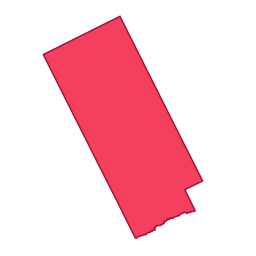 Sampov Lun, Batdâmbâng, Cambodia, rotated 244°
{"feature_id": "14789045B67419263387290", "entity_name": "Sampov Lun", "entity_type": "district", "adm_level": 2, "iso_a3": "KHM", "parent_name": "Cambodia", "parent_adm1": "Batdâmbâng", "projection": "natural_earth1", "projection_center": [102.379, 13.419], "detail": "fine", "context": "isolated", "style": "filled", "palette": "rose", "viewbox_px": 256, "rotation_deg": 244, "n_neighbors": 0, "source": "geoboundaries", "source_scale": "gbopen_adm2", "svg_char_len": 1891}
<svg xmlns="http://www.w3.org/2000/svg" viewBox="0 0 256 256"><g transform="rotate(244 128 128)"><path d="M231.2,84.1L173.8,84.7L125.1,85.3L112.5,85.4L92.0,85.7L65.3,86.1L64.8,86.1L46.4,86.2L26.1,86.4L25.8,86.4L25.3,87.3L25.3,87.7L25.4,88.1L25.8,88.8L25.9,89.4L26.1,89.7L25.8,90.4L25.5,90.8L25.4,91.6L25.5,92.5L25.3,93.1L25.2,93.5L25.0,93.9L25.1,94.3L25.1,94.7L25.1,95.1L24.8,95.7L24.8,96.1L24.9,96.5L24.7,96.9L24.4,97.3L24.5,97.7L24.8,98.0L24.7,98.2L24.6,98.5L25.1,98.9L25.3,99.2L25.3,99.8L25.1,100.4L24.7,101.1L24.8,101.6L24.8,102.2L24.7,102.7L24.7,103.1L25.3,103.5L24.8,104.1L24.6,104.6L24.8,104.9L24.9,105.3L25.3,105.7L25.5,106.2L25.0,106.6L24.6,106.9L24.5,107.5L24.9,107.9L25.3,108.0L26.1,108.0L26.6,108.0L26.8,108.8L26.7,109.3L27.1,110.1L27.6,110.4L27.6,110.7L27.6,111.0L27.4,111.5L27.2,111.8L27.1,112.6L26.7,113.2L26.3,113.8L26.3,114.2L26.5,114.8L26.3,115.5L26.1,115.9L26.4,116.1L26.7,116.5L26.7,117.2L26.4,117.7L26.5,118.4L26.7,119.0L27.0,119.3L27.8,119.4L28.2,119.5L28.1,120.3L27.8,120.9L27.7,121.4L27.7,121.8L27.8,122.4L28.5,122.3L28.9,123.3L29.0,124.0L28.7,124.2L28.3,124.3L27.8,124.6L27.7,125.2L28.0,125.5L28.3,125.9L28.6,126.2L28.6,126.6L28.1,127.0L27.8,127.6L27.5,127.9L27.2,128.2L27.2,129.2L27.5,129.7L27.7,130.2L27.7,131.0L27.7,131.7L27.3,132.2L27.3,133.0L27.1,133.5L27.2,134.1L27.4,134.6L26.9,135.2L26.7,135.7L26.8,135.9L26.9,136.0L27.3,136.6L27.4,137.1L27.8,137.6L27.8,138.3L27.4,138.8L27.3,139.6L27.4,140.2L27.7,140.8L27.6,141.2L27.2,141.6L27.3,142.4L27.1,142.8L26.5,143.0L26.0,143.5L25.5,143.3L25.5,143.9L25.7,144.4L25.7,145.2L25.4,145.4L25.2,145.9L25.1,146.0L25.0,146.4L24.8,146.8L25.1,147.1L25.2,147.6L24.9,148.0L24.9,148.6L24.9,149.0L24.6,149.5L24.3,149.9L24.1,150.6L24.2,151.0L24.1,151.6L24.2,152.1L47.7,152.1L47.7,171.9L112.5,171.0L231.9,169.7L231.8,156.3L231.5,121.0L231.5,120.2L231.2,93.1L231.2,84.1Z" fill="#f43f5e" stroke="#9f1239" stroke-width="1.5"/></g></svg>